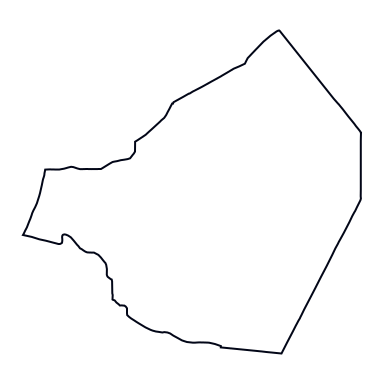 outline of Louga, Louga, Senegal
{"feature_id": "50182788B22933374767599", "entity_name": "Louga", "entity_type": "district", "adm_level": 2, "iso_a3": "SEN", "parent_name": "Senegal", "parent_adm1": "Louga", "projection": "natural_earth1", "projection_center": [-16.123, 15.776], "detail": "fine", "context": "isolated", "style": "outline", "palette": "ink", "viewbox_px": 384, "rotation_deg": 0, "n_neighbors": 0, "source": "geoboundaries", "source_scale": "gbopen_adm2", "svg_char_len": 3337}
<svg xmlns="http://www.w3.org/2000/svg" viewBox="0 0 384 384"><path d="M188.9,93.6L183.3,96.8L173.9,102.0L173.4,102.4L173.2,102.9L173.1,103.5L172.8,103.5L172.3,103.5L172.2,103.5L170.7,106.3L169.5,108.7L167.6,112.2L166.2,115.0L164.2,117.9L162.9,119.0L161.1,120.5L160.4,121.3L153.0,128.1L150.9,130.0L149.1,131.6L146.5,134.0L145.8,134.7L139.5,138.9L137.4,140.3L135.1,141.7L135.1,143.9L135.0,151.6L133.8,153.6L132.7,154.9L130.1,158.3L127.6,159.1L124.2,159.7L120.7,160.2L117.3,161.1L114.4,161.6L112.6,162.0L112.4,162.1L109.6,163.7L102.5,168.1L101.3,168.8L101.0,169.0L91.4,169.1L86.5,169.0L83.1,169.1L79.9,169.1L77.5,168.5L73.4,167.1L71.1,166.8L68.2,167.5L66.2,168.1L64.0,168.7L62.2,169.0L59.5,169.5L57.2,169.5L54.5,169.5L49.3,169.4L45.2,169.6L45.1,170.1L45.0,170.8L44.5,173.2L44.3,175.2L43.7,177.3L43.0,179.4L41.8,185.3L41.0,188.8L40.0,193.2L39.2,196.1L38.0,199.8L36.9,203.3L35.1,207.3L33.4,210.5L32.2,213.2L31.6,215.2L30.4,218.6L29.3,221.2L28.4,223.5L26.9,227.4L25.2,230.6L23.8,233.6L23.0,235.0L31.7,236.9L39.3,239.3L45.8,240.7L49.3,241.6L52.7,242.5L56.2,243.4L58.4,244.0L59.8,244.0L60.7,243.7L62.0,242.8L62.3,240.8L62.3,239.2L62.1,237.0L62.4,235.5L63.0,234.8L64.3,234.4L65.8,234.6L68.0,235.5L70.8,237.3L73.7,240.6L77.1,244.8L78.4,246.1L80.0,248.3L81.6,249.1L83.4,250.4L85.6,251.8L86.0,251.9L87.2,252.4L87.7,252.4L89.1,252.5L92.1,252.6L94.0,252.6L95.7,253.5L98.4,254.9L100.9,257.5L103.0,260.2L104.9,262.5L105.3,262.8L106.1,264.6L106.2,264.9L106.3,265.5L106.9,269.0L106.8,274.8L107.4,276.4L107.9,277.0L110.7,279.1L111.7,279.5L112.1,281.4L112.2,287.4L112.3,293.4L112.7,295.0L112.5,299.5L113.1,299.9L114.5,300.3L114.8,300.5L116.4,302.5L118.7,304.3L119.9,305.5L121.8,305.4L123.7,305.6L124.4,305.6L125.8,306.6L127.0,308.3L127.0,310.5L127.0,313.3L127.2,315.1L129.1,316.9L131.2,318.5L134.2,320.4L136.3,321.8L138.7,323.3L145.5,327.4L150.5,329.8L152.6,330.6L155.9,331.5L158.8,331.9L162.4,332.5L164.3,332.1L167.5,332.5L170.2,333.5L173.3,335.6L177.7,338.0L182.0,340.4L184.1,341.1L186.9,342.0L189.6,342.3L193.1,342.7L194.8,342.7L195.7,342.6L197.3,342.5L199.1,342.4L204.2,342.5L207.5,342.6L209.1,342.7L214.9,344.0L218.1,345.1L220.9,346.1L220.8,347.4L229.9,348.3L230.4,348.4L230.9,348.4L236.0,348.9L241.0,349.4L246.1,349.9L251.1,350.4L256.2,350.9L261.1,351.4L261.3,351.4L266.3,352.0L271.4,352.5L276.4,353.0L281.5,353.5L287.1,342.5L292.8,331.6L296.2,324.9L296.4,324.6L298.4,320.8L298.5,320.6L299.8,318.5L300.6,316.7L301.2,315.6L304.1,309.6L309.8,298.7L315.5,287.7L315.7,287.3L315.9,286.9L321.1,276.7L326.8,265.8L332.3,254.8L335.3,248.5L336.9,245.6L337.9,243.8L338.8,241.9L340.0,239.8L343.8,232.9L348.0,224.8L349.5,221.9L352.3,216.0L354.0,212.9L354.5,212.0L355.1,211.1L356.9,207.3L360.4,200.3L360.8,198.9L360.9,198.6L360.8,197.5L360.7,196.2L360.8,189.4L360.8,178.7L360.8,168.0L360.8,157.4L360.8,146.6L360.8,140.9L360.9,136.0L361.0,132.8L360.9,132.8L360.9,132.7L360.7,132.4L360.2,131.4L358.1,128.7L356.1,126.3L354.3,123.8L350.9,119.6L348.3,116.4L345.9,113.3L343.0,109.5L340.2,106.1L338.5,104.0L338.3,103.9L333.8,98.8L324.8,87.5L315.8,76.2L306.8,64.9L297.8,53.6L288.8,42.3L279.8,31.0L279.2,30.5L278.5,30.7L278.3,30.6L276.6,31.4L270.5,35.7L263.4,41.7L255.4,50.0L247.7,58.1L246.3,60.8L244.9,63.7L239.2,66.4L233.7,68.7L227.2,72.6L221.9,75.7L220.8,76.4L211.5,81.5L202.2,86.7L192.7,91.6L189.5,93.6L188.9,93.6Z" fill="none" stroke="#020617" stroke-width="2"/></svg>